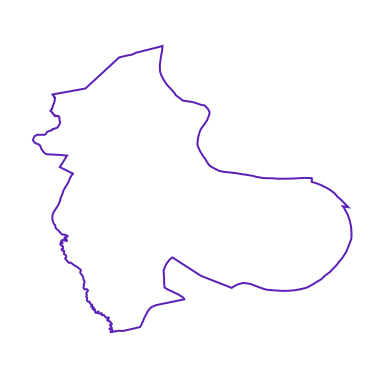 the district of Otatitlán, Veracruz, Mexico, rotated 93°
{"feature_id": "50627088B35781734794767", "entity_name": "Otatitlán", "entity_type": "district", "adm_level": 2, "iso_a3": "MEX", "parent_name": "Mexico", "parent_adm1": "Veracruz", "projection": "robinson", "projection_center": [-96.022, 18.172], "detail": "fine", "context": "isolated", "style": "outline", "palette": "violet", "viewbox_px": 384, "rotation_deg": 93, "n_neighbors": 0, "source": "geoboundaries", "source_scale": "gbopen_adm2", "svg_char_len": 6053}
<svg xmlns="http://www.w3.org/2000/svg" viewBox="0 0 384 384"><g transform="rotate(93 192 192)"><path d="M336.4,266.7L335.2,261.5L334.4,258.0L334.4,254.0L333.1,249.0L329.6,236.8L327.2,235.6L323.9,234.3L320.4,233.1L317.6,231.8L313.8,230.1L311.6,228.8L309.1,226.5L306.8,221.8L299.6,194.1L299.2,194.3L298.3,194.9L297.4,195.9L296.7,197.5L295.4,199.4L292.2,207.2L290.5,211.3L288.8,214.5L285.1,214.9L284.2,215.0L282.4,215.2L280.8,215.2L278.2,215.6L274.8,215.9L271.8,216.3L269.5,215.4L268.0,215.2L265.0,213.7L261.3,211.3L259.4,209.5L258.4,208.1L275.3,178.6L285.7,147.3L285.2,146.8L282.4,142.6L281.3,139.8L280.2,136.3L280.4,131.5L280.9,128.2L282.1,124.8L284.9,115.7L285.7,112.0L285.9,106.6L286.0,96.4L285.6,90.5L284.7,84.1L283.2,77.8L281.6,72.6L279.1,68.3L272.1,58.0L268.7,55.0L264.9,50.3L257.3,43.7L253.2,40.9L249.5,38.1L243.7,34.9L236.2,32.2L230.1,30.4L224.1,30.6L218.0,31.4L213.7,32.6L210.3,33.7L206.4,35.3L206.1,35.6L199.6,39.5L198.4,40.5L199.0,35.2L192.7,41.9L189.8,45.6L189.0,46.7L187.7,47.7L185.1,50.5L184.1,52.2L183.0,53.7L181.1,57.3L178.2,63.8L176.3,69.9L175.7,72.9L172.7,73.0L171.9,73.2L172.0,80.0L172.4,84.1L172.9,88.2L173.4,93.1L174.1,104.0L174.3,107.8L174.0,112.7L174.3,116.3L174.3,122.0L173.4,129.1L172.7,132.2L171.9,139.2L171.5,144.2L170.8,149.6L170.2,161.3L169.4,166.2L168.2,168.8L167.3,171.0L166.0,173.6L164.8,175.8L162.7,177.5L161.1,178.7L158.2,180.6L155.7,182.8L151.8,185.4L149.0,187.1L144.9,189.0L141.4,189.1L136.5,188.6L130.9,187.3L127.8,185.9L123.4,183.0L119.8,180.8L115.7,179.4L112.9,178.6L111.1,178.8L108.1,180.5L104.8,184.1L104.7,186.5L103.9,189.6L102.8,193.1L102.1,196.4L101.2,205.8L96.3,213.1L93.5,215.2L90.2,218.5L86.8,222.1L84.0,224.4L80.2,226.9L76.8,228.9L74.1,229.9L71.9,230.4L66.3,230.8L62.9,230.4L58.3,230.1L53.8,229.4L51.0,229.2L47.6,229.1L48.9,232.6L55.9,255.4L56.8,256.8L58.0,259.3L59.1,264.0L61.2,271.1L61.3,271.7L94.2,303.8L101.9,336.4L102.6,336.0L103.6,334.9L104.5,334.8L104.8,333.7L108.5,334.0L110.3,334.4L112.1,335.1L114.6,335.6L115.8,336.2L116.7,336.1L117.6,337.3L118.5,337.6L120.2,335.3L121.0,335.3L121.7,334.6L122.0,333.3L123.3,333.2L123.5,332.1L122.9,330.9L123.6,330.0L123.2,329.3L124.5,328.2L126.1,328.3L127.7,327.9L129.3,327.3L130.9,327.7L134.7,329.7L136.2,333.1L136.2,334.3L137.7,335.1L138.1,336.7L139.4,339.7L141.9,341.1L142.6,342.5L143.0,349.8L144.7,352.3L148.2,353.6L149.9,352.7L151.4,351.1L151.9,349.2L152.5,347.6L153.0,346.7L154.2,345.8L156.0,345.1L157.5,344.2L159.7,342.4L160.7,341.4L161.8,339.6L161.9,338.3L161.9,336.9L161.9,333.5L161.9,325.4L162.1,321.9L162.2,318.7L170.2,323.1L173.9,325.4L175.1,323.0L176.2,320.2L178.3,315.6L179.7,312.0L180.2,311.8L181.0,312.6L182.0,313.3L183.2,314.0L184.8,314.7L186.2,315.1L189.5,316.4L192.6,318.0L193.9,318.8L195.8,319.6L196.2,319.9L197.2,320.4L198.1,320.7L200.6,321.3L203.1,322.2L206.0,323.1L207.8,323.4L208.9,323.7L210.3,324.3L211.5,324.6L212.8,325.3L215.0,326.6L217.0,327.8L218.7,328.7L220.1,329.4L221.5,329.8L223.1,330.1L225.4,330.1L227.8,329.7L229.0,329.1L230.3,328.7L231.2,328.1L232.3,326.9L232.8,326.7L234.5,326.6L234.8,326.4L235.4,325.9L238.0,322.8L238.6,322.2L239.8,321.1L240.4,320.5L240.7,319.8L241.3,319.2L241.3,318.3L241.2,317.5L241.3,316.9L241.4,316.2L241.8,315.6L242.1,315.0L242.2,314.3L242.5,313.9L243.1,314.2L243.6,315.2L243.9,316.5L244.2,316.8L244.4,316.9L244.7,317.0L245.1,316.9L245.3,316.6L245.4,315.4L245.8,315.0L247.0,314.4L247.5,314.5L247.5,314.8L247.1,316.4L247.1,317.1L246.8,317.7L246.8,317.8L247.1,318.3L247.1,318.5L246.9,318.8L246.8,319.0L247.1,319.4L247.4,319.6L247.6,319.7L248.2,319.6L248.3,320.3L248.6,320.5L248.9,320.5L249.0,320.4L249.1,319.7L249.2,319.2L249.7,318.6L250.0,318.6L250.1,318.9L250.0,319.8L250.2,320.3L250.4,320.7L250.9,320.8L251.2,320.7L252.0,320.0L252.6,319.2L252.7,318.4L253.0,318.1L253.8,318.1L254.6,318.0L254.8,317.8L255.2,317.8L255.4,318.4L255.9,319.2L256.6,319.1L257.3,318.2L257.5,317.2L257.5,316.8L257.6,316.6L258.1,316.6L260.0,316.7L260.6,316.5L260.9,316.2L261.1,315.8L261.2,315.4L261.4,315.0L261.8,314.7L262.4,314.4L263.3,314.1L263.6,314.2L264.2,314.6L264.6,315.1L265.0,315.2L265.3,315.1L267.1,313.3L267.8,312.5L268.8,311.8L269.1,311.5L269.2,311.1L268.8,309.8L269.0,309.3L269.4,308.5L270.5,307.1L271.2,306.0L272.9,302.8L273.5,301.9L275.3,299.3L275.8,298.9L276.4,298.8L277.7,299.4L278.7,299.2L279.5,298.7L281.0,297.2L283.4,296.1L284.9,295.8L285.7,295.4L286.6,294.8L287.0,294.6L287.8,294.6L289.1,294.9L289.5,295.2L290.0,295.2L290.6,295.1L291.4,295.1L293.3,295.4L294.4,294.7L294.8,294.0L294.8,293.5L294.5,292.2L294.9,291.4L295.4,291.0L295.9,290.7L296.4,290.9L296.8,291.1L297.5,291.9L298.0,292.1L299.0,292.2L299.5,292.0L300.0,291.7L300.6,291.7L301.5,292.1L301.8,292.2L302.0,292.1L302.3,291.7L302.7,291.4L303.5,291.1L304.4,291.4L305.2,291.4L306.1,290.9L306.6,290.6L306.9,288.8L307.2,288.6L307.8,288.5L308.2,288.2L308.3,287.8L308.7,287.6L309.0,287.5L309.2,287.3L309.4,287.0L309.8,285.9L310.0,285.7L310.4,285.7L310.7,285.8L311.0,286.5L311.5,286.7L311.8,286.6L312.0,285.0L312.2,284.5L312.4,284.4L312.8,284.5L313.4,285.2L313.8,285.2L314.0,285.0L314.1,284.4L313.7,283.3L313.8,283.2L314.1,283.0L314.3,283.1L314.8,283.6L315.2,283.6L315.4,283.2L315.4,282.6L316.3,282.2L317.6,282.1L317.7,281.9L317.8,281.0L317.7,280.6L317.4,280.3L316.9,280.1L316.6,279.9L316.3,279.5L316.3,279.1L316.7,278.9L317.9,279.0L318.1,278.7L318.4,277.7L318.4,277.2L318.2,276.8L317.8,276.5L317.8,276.1L317.9,275.8L318.2,275.7L319.0,275.8L319.5,275.7L319.7,275.1L319.7,274.6L319.6,274.1L319.5,273.8L319.5,273.4L319.7,273.2L319.9,273.1L320.4,272.8L320.7,272.4L321.5,271.7L321.9,271.1L322.0,270.6L322.1,270.2L321.6,268.9L322.0,268.5L322.5,268.5L323.4,269.0L323.9,269.6L324.2,269.9L324.8,269.6L325.1,269.2L325.4,267.6L325.7,266.9L326.1,266.5L326.6,266.4L327.0,266.1L327.7,265.3L328.0,265.1L328.4,265.2L328.7,265.6L328.6,266.0L328.7,266.7L329.0,266.8L329.5,266.8L329.8,266.6L330.2,266.1L331.7,265.0L332.4,265.0L332.7,265.3L332.7,265.7L332.5,266.8L332.8,267.2L333.1,267.2L333.5,266.8L333.7,266.2L333.8,264.7L334.0,264.4L334.4,264.1L334.9,264.0L335.4,264.2L335.7,264.7L335.8,265.5L336.0,266.0L336.4,266.7Z" fill="none" stroke="#5b21b6" stroke-width="2"/></g></svg>